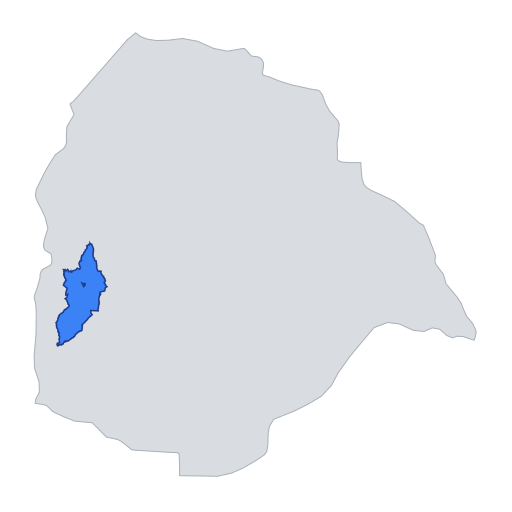 location of Makoni, Manicaland, Zimbabwe, rotated 181°
{"feature_id": "62879985B27116987268551", "entity_name": "Makoni", "entity_type": "district", "adm_level": 2, "iso_a3": "ZWE", "parent_name": "Zimbabwe", "parent_adm1": "Manicaland", "projection": "robinson", "projection_center": [32.274, -18.385], "detail": "fine", "context": "in_parent", "style": "filled", "palette": "blue", "viewbox_px": 512, "rotation_deg": 181, "n_neighbors": 0, "source": "geoboundaries", "source_scale": "gbopen_adm2", "svg_char_len": 7908}
<svg xmlns="http://www.w3.org/2000/svg" viewBox="0 0 512 512"><g transform="rotate(181 256 256)"><path d="M380.2,477.0L375.0,473.3L368.0,470.8L359.2,469.7L347.6,470.2L333.4,472.2L318.2,469.7L301.9,462.8L288.3,460.3L272.2,463.3L271.5,463.4L268.7,461.0L264.2,455.9L256.9,455.0L254.9,453.8L253.2,451.9L252.1,449.5L251.7,446.8L252.9,438.4L252.2,437.4L250.2,436.4L246.2,435.4L236.4,431.6L224.2,427.9L204.4,423.9L196.7,422.8L194.9,421.6L192.6,418.5L188.8,408.8L185.1,402.4L176.5,392.6L175.1,389.5L175.5,381.7L176.1,375.4L177.0,370.0L176.5,365.0L176.3,358.8L176.6,354.6L175.4,352.8L172.3,351.5L163.5,351.0L152.8,351.2L152.4,344.9L151.3,335.1L149.3,329.5L146.8,326.5L141.9,323.5L131.9,319.3L118.3,312.9L106.7,303.5L93.3,291.8L89.2,289.7L84.2,278.7L76.6,259.9L77.0,253.6L75.8,250.5L68.5,241.3L66.9,236.4L65.6,231.6L53.9,218.0L49.9,212.1L46.8,204.5L43.8,198.4L41.3,196.0L37.9,191.8L35.6,187.1L34.5,183.6L35.4,178.9L36.4,175.6L47.5,179.0L53.5,179.3L58.1,177.6L64.0,179.9L71.0,186.0L78.5,187.2L86.7,183.4L97.7,184.5L111.6,190.6L123.2,191.8L136.8,186.4L149.0,171.4L160.4,157.2L171.6,140.9L178.4,127.7L188.3,116.9L201.5,108.7L214.9,101.7L235.4,93.1L239.5,86.1L240.8,78.4L240.8,67.6L241.8,60.7L244.0,57.5L247.4,55.1L251.8,51.9L265.3,43.7L276.7,38.5L290.5,35.1L305.7,35.1L320.3,35.0L328.6,35.0L328.7,45.3L329.4,56.9L331.0,58.0L342.0,58.3L359.6,59.1L376.6,59.9L387.5,68.3L391.1,70.1L402.4,72.3L416.8,86.4L434.1,87.7L446.0,92.1L456.5,96.9L462.6,102.7L466.5,104.0L471.7,104.4L474.3,104.9L473.7,109.1L470.2,116.1L470.7,126.2L475.5,140.2L476.1,152.3L474.6,173.8L474.7,194.6L475.2,202.0L476.0,206.9L477.0,209.6L476.8,212.6L473.9,221.3L471.6,230.5L471.5,234.2L470.6,236.8L468.9,239.1L461.3,243.3L460.0,245.9L460.1,250.7L461.0,254.6L463.8,256.1L467.3,258.4L468.6,261.4L468.6,264.5L467.5,270.3L464.5,279.9L467.5,291.0L470.9,298.2L475.5,306.5L477.5,311.7L477.3,315.4L476.7,318.9L469.7,334.1L464.6,343.6L458.5,353.7L450.3,360.0L448.2,363.1L447.4,366.5L447.7,374.1L447.3,382.1L440.4,394.2L444.7,404.7L443.7,405.7L441.4,407.2L431.4,419.0L421.3,431.0L413.9,439.7L405.6,449.6L396.2,460.7L388.2,470.3L380.2,477.0Z" fill="#d9dde1" stroke="#a8b0b8" stroke-width="1"/><path d="M422.2,265.9L422.2,265.6L422.3,265.5L422.3,265.1L422.6,264.6L422.8,264.6L423.3,264.8L424.1,263.8L424.5,263.8L425.0,263.6L425.4,263.3L425.5,262.9L425.2,262.6L425.2,262.1L424.9,261.8L425.1,261.5L425.0,261.2L425.3,260.4L426.4,259.3L426.6,259.2L426.9,258.7L426.8,257.9L426.9,257.6L427.0,257.5L427.3,257.4L427.9,256.9L428.2,256.4L428.3,255.9L428.7,254.8L428.6,254.6L428.8,254.3L429.6,254.0L429.8,253.5L430.3,253.3L430.5,252.5L430.4,252.4L430.2,252.1L430.3,251.8L430.6,251.2L430.8,251.0L430.7,250.8L430.9,250.6L430.7,250.1L430.9,249.8L430.8,249.4L430.7,249.3L430.7,249.1L430.1,248.4L429.9,248.2L429.7,248.2L431.8,248.1L432.1,247.7L432.1,247.0L432.8,245.8L432.7,245.5L432.8,245.3L432.8,245.0L432.7,244.8L432.6,244.6L432.4,244.4L432.4,244.1L432.3,243.9L432.4,243.3L431.4,241.7L432.1,239.7L434.5,240.7L435.7,239.2L436.2,238.8L438.8,238.1L439.9,236.7L440.5,236.6L440.8,238.0L441.3,237.4L442.2,237.4L442.8,237.1L442.8,237.4L443.0,237.4L443.3,237.9L443.5,238.6L443.6,238.8L443.9,238.9L444.1,239.3L445.8,237.6L446.6,239.1L446.8,238.9L448.0,239.0L447.7,238.7L447.8,238.3L447.8,237.9L447.9,237.5L447.9,237.0L447.6,236.8L447.8,236.7L447.6,235.6L447.9,235.2L447.9,234.8L447.9,234.4L447.7,234.4L447.7,234.2L447.5,233.9L447.5,233.7L447.4,233.4L447.4,233.1L447.6,233.0L446.9,231.7L447.0,231.4L446.9,231.1L446.4,230.5L446.4,230.3L446.3,230.1L445.8,229.5L445.8,229.2L445.3,228.4L445.9,227.8L446.0,227.9L446.3,227.5L446.3,227.2L446.3,226.9L446.7,226.3L447.0,226.2L447.1,225.9L447.3,225.8L447.3,225.4L447.6,224.5L447.9,224.3L447.8,223.7L448.0,223.3L444.3,220.6L445.6,215.3L445.4,213.5L443.6,214.3L444.4,211.1L446.1,210.0L444.2,208.3L444.1,207.2L443.7,206.9L443.6,206.7L443.4,205.7L443.1,205.0L443.2,204.8L442.3,203.7L442.1,203.2L441.9,203.1L441.9,202.8L442.1,202.6L442.2,202.1L442.4,201.8L442.7,201.7L443.1,201.4L443.3,201.1L443.6,201.0L443.8,200.7L444.1,200.6L444.9,199.8L445.1,199.4L445.3,199.3L445.6,199.4L445.9,199.1L446.5,199.0L446.9,198.2L447.4,197.6L447.5,197.2L447.7,196.8L447.8,196.7L447.9,196.2L448.2,196.1L448.5,195.8L449.2,195.6L449.4,195.3L450.0,195.1L450.2,194.8L450.5,194.6L450.8,194.2L451.4,193.8L451.5,193.6L451.9,193.2L451.8,192.9L452.0,192.9L452.0,192.4L452.3,192.2L452.4,191.1L453.0,190.3L452.7,189.9L452.9,189.7L453.0,188.9L453.3,188.1L453.5,188.0L453.6,187.8L453.6,187.5L453.6,186.9L453.8,186.7L454.2,186.6L454.8,185.9L454.4,184.8L454.4,184.3L454.1,183.8L454.4,183.3L454.2,183.0L454.2,182.0L454.0,181.7L454.1,181.3L453.9,180.8L453.8,180.4L453.5,180.2L453.3,179.9L452.4,177.8L452.7,177.4L452.7,177.2L452.4,177.3L452.4,176.8L452.1,176.7L452.0,176.4L452.2,176.1L452.0,175.8L451.8,175.8L451.4,175.2L451.6,175.0L451.5,174.6L451.8,174.0L451.7,173.5L451.8,173.1L451.7,172.9L451.2,172.6L450.9,172.1L451.1,171.4L451.0,170.8L451.5,169.7L451.6,169.4L451.3,168.8L451.1,167.5L451.0,166.1L453.2,165.2L453.2,164.8L453.3,164.6L453.4,163.9L453.3,163.4L453.0,163.2L452.8,163.3L452.7,163.1L452.6,162.8L452.4,163.0L452.3,162.8L452.1,162.9L452.0,163.4L451.6,163.4L451.7,164.0L451.4,164.2L451.1,164.0L450.8,163.9L450.6,164.1L450.1,163.9L449.8,163.9L449.4,163.6L448.8,163.6L448.4,164.2L448.3,164.6L447.7,164.7L447.2,164.7L447.1,165.2L447.1,165.6L446.9,165.9L446.7,166.1L446.1,166.5L445.8,166.6L445.5,166.9L445.5,167.2L445.7,167.3L445.3,167.7L445.0,167.7L444.5,167.1L444.3,167.1L443.8,167.7L443.5,167.6L443.2,167.8L442.6,167.7L442.0,167.9L441.7,168.3L441.1,168.8L440.3,169.3L439.5,170.0L439.1,170.1L438.8,170.8L438.4,171.0L437.9,170.9L437.4,171.2L436.9,171.7L437.0,172.1L436.8,172.2L436.2,172.3L436.0,172.5L435.5,173.4L435.6,173.7L435.4,174.1L435.1,174.2L434.3,175.2L433.9,175.4L433.4,175.8L433.2,175.9L432.5,176.8L432.0,177.1L431.8,177.4L431.1,177.4L430.8,177.9L430.2,177.9L429.6,178.3L429.4,178.2L429.1,178.7L428.7,178.8L428.7,179.0L428.8,179.2L428.9,179.8L428.7,180.0L428.4,180.9L428.6,182.3L428.4,182.7L428.3,182.9L428.3,183.2L428.7,183.4L428.7,183.5L428.7,184.4L428.2,184.7L427.5,185.4L426.0,186.8L424.8,188.2L423.3,189.7L423.2,190.1L423.0,190.6L422.7,190.7L422.4,191.2L421.6,192.0L421.3,192.1L421.1,192.6L420.7,192.7L419.8,193.5L419.4,193.7L419.1,194.2L418.8,194.4L420.0,196.1L420.3,198.6L412.8,198.4L412.8,198.8L413.0,199.1L413.2,200.5L412.6,201.3L412.8,201.8L412.6,202.3L412.7,202.5L412.5,203.6L412.6,203.8L412.4,204.4L412.4,204.6L412.1,204.8L412.0,205.3L412.2,205.8L412.0,206.1L412.1,206.3L412.1,207.0L411.9,207.2L412.3,207.7L412.1,208.0L412.3,208.5L412.3,209.9L412.6,210.7L412.1,211.8L412.0,212.9L411.8,213.1L411.4,213.9L411.3,214.0L411.5,214.5L411.2,214.5L410.7,214.8L410.7,215.1L410.7,215.3L411.0,215.5L411.5,216.3L411.4,217.1L409.8,217.6L406.7,218.4L406.0,221.8L404.5,222.7L406.1,224.2L405.9,224.9L407.3,226.5L407.2,226.6L407.3,227.0L406.4,227.8L406.4,228.2L406.1,228.5L406.5,229.1L406.6,229.5L406.5,229.8L406.8,230.7L407.4,231.0L407.3,231.4L407.4,231.6L407.9,231.9L407.9,232.2L408.1,232.5L408.1,232.9L408.4,232.8L408.5,232.8L408.7,233.3L409.7,234.6L410.7,236.4L410.8,237.2L410.6,237.8L410.6,238.0L411.3,237.9L411.7,238.3L411.9,238.3L412.2,238.1L412.9,237.9L413.6,238.1L414.0,238.8L414.2,239.0L414.8,240.6L415.1,241.0L415.1,241.3L415.0,242.3L415.1,242.7L415.0,242.9L415.0,243.7L415.1,244.3L415.4,244.7L415.3,245.6L415.4,246.1L415.6,246.3L415.6,247.4L415.8,248.3L416.3,248.5L416.4,248.3L416.6,248.3L417.2,248.8L417.6,249.4L417.4,250.5L417.6,250.7L417.8,251.1L418.4,251.8L418.6,252.3L418.9,252.6L418.9,254.3L419.1,254.9L418.9,255.2L418.8,256.0L418.9,256.8L419.0,257.3L419.0,257.5L418.5,258.0L418.7,259.0L418.6,259.9L418.7,260.6L419.3,261.9L419.3,262.2L419.7,263.1L420.2,263.7L420.3,264.7L420.8,264.7L421.5,265.3L421.9,265.4L422.2,265.9ZM427.4,223.0L427.5,222.6L427.8,222.4L429.5,225.9L427.7,225.0L427.6,225.3L427.3,225.5L426.5,225.5L426.4,225.0L426.3,224.7L426.5,224.6L426.7,224.4L426.7,223.5L427.0,223.2L427.4,223.0Z" fill="#3b82f6" stroke="#1e3a8a" stroke-width="1.5"/></g></svg>